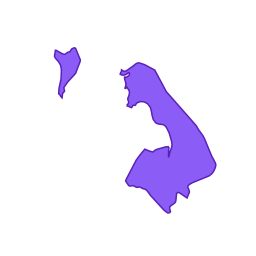 an SVG outline of Kiên Giang, rotated 21°
{"feature_id": "VNM-502", "entity_name": "Kiên Giang", "entity_type": "Province", "adm_level": 1, "iso_a3": "VNM", "parent_name": "Vietnam", "parent_adm1": "", "projection": "orthographic", "projection_center": [104.707, 9.97], "detail": "fine", "context": "isolated", "style": "filled", "palette": "violet", "viewbox_px": 256, "rotation_deg": 21, "n_neighbors": 0, "source": "natural_earth", "source_scale": "10m", "svg_char_len": 2221}
<svg xmlns="http://www.w3.org/2000/svg" viewBox="0 0 256 256"><g transform="rotate(21 128 128)"><path d="M120.9,62.9L129.4,64.0L132.2,64.3L150.7,80.3L190.9,101.4L194.5,104.3L200.4,108.1L203.4,110.7L211.6,119.4L216.9,124.9L219.2,126.7L222.6,129.9L223.3,131.2L223.6,132.6L223.7,135.0L223.4,138.1L222.6,140.8L220.9,143.6L207.8,155.9L205.4,158.9L204.7,161.0L205.3,162.2L206.5,163.2L208.3,165.7L208.2,172.2L200.5,170.3L198.5,170.0L197.3,170.6L196.9,172.1L198.6,178.2L198.9,180.4L197.8,182.4L195.7,185.5L195.3,186.9L195.8,188.4L197.3,190.3L197.6,190.9L197.5,191.5L197.2,192.2L195.5,193.1L191.0,191.8L173.6,183.1L168.2,179.7L166.3,179.0L163.1,179.3L161.3,178.9L160.1,178.8L159.1,179.3L158.5,179.9L157.6,180.2L156.3,180.3L153.7,179.9L150.6,181.5L149.6,181.6L149.1,181.4L144.7,178.3L144.8,175.8L147.2,154.8L149.0,148.4L151.3,141.7L156.6,141.9L160.1,141.4L160.9,139.4L162.8,137.4L169.8,132.2L172.2,131.0L173.4,131.9L173.7,133.7L176.4,141.0L176.4,139.4L175.7,135.0L175.7,130.0L174.9,127.5L173.5,124.9L168.4,118.1L163.9,113.9L161.6,112.5L159.4,112.3L154.9,113.4L152.2,113.3L148.6,111.1L145.9,107.5L143.6,103.6L141.3,100.6L137.6,98.3L133.8,97.8L130.2,98.8L127.3,101.4L126.9,102.6L126.9,103.6L126.6,104.3L125.3,104.6L124.6,105.1L124.2,107.3L123.8,107.8L119.8,107.6L119.5,107.8L118.9,106.8L119.1,106.0L119.5,105.2L119.5,103.8L119.0,103.1L117.5,101.3L117.2,100.2L117.2,97.1L116.7,94.4L115.7,92.8L112.5,90.3L112.0,91.1L111.9,91.4L111.8,91.9L110.9,91.9L110.7,88.7L109.6,86.5L107.1,83.2L106.5,81.7L106.9,81.4L107.7,81.5L108.6,80.8L109.5,79.5L110.1,78.3L110.1,77.2L109.5,76.1L108.6,76.1L107.7,77.8L106.5,79.2L105.0,80.2L103.2,80.8L101.4,80.6L101.3,79.4L101.6,77.5L101.1,76.0L103.2,76.5L104.8,76.2L106.0,75.1L110.7,68.1L111.7,66.3L112.8,64.6L114.3,63.5L116.0,63.1L120.9,62.9ZM59.2,81.6L59.5,83.6L59.5,95.8L55.1,107.0L53.6,113.3L55.6,116.4L54.7,118.9L54.8,120.3L55.2,121.5L55.6,123.5L53.7,122.5L53.3,121.9L51.0,120.9L49.4,115.8L47.9,106.1L44.9,97.4L42.7,93.7L39.4,91.0L35.1,88.8L33.6,87.3L32.7,82.7L32.3,81.5L32.9,81.2L40.1,82.2L42.3,82.1L43.3,81.1L43.5,80.6L44.7,78.8L45.2,78.4L46.2,77.9L46.6,76.8L46.8,75.5L47.1,74.4L48.0,73.3L49.1,72.4L50.4,72.3L51.8,73.7L51.0,72.9L59.2,81.6Z" fill="#8b5cf6" stroke="#5b21b6" stroke-width="1.5"/></g></svg>